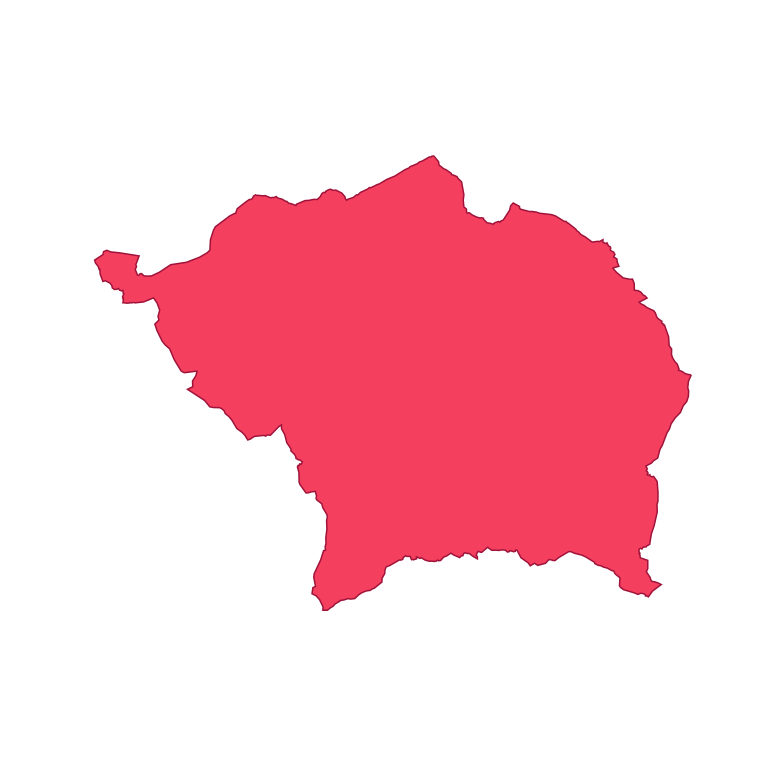 Aurskog-Høland nor, Akershus, Norway (Albers equal-area conic projection), rotated 99°
{"feature_id": "86288312B17302655292255", "entity_name": "Aurskog-Høland nor", "entity_type": "district", "adm_level": 2, "iso_a3": "NOR", "parent_name": "Norway", "parent_adm1": "Akershus", "projection": "albers", "projection_center": [11.533, 59.809], "detail": "fine", "context": "isolated", "style": "filled", "palette": "rose", "viewbox_px": 768, "rotation_deg": 99, "n_neighbors": 0, "source": "geoboundaries", "source_scale": "gbopen_adm2", "svg_char_len": 6124}
<svg xmlns="http://www.w3.org/2000/svg" viewBox="0 0 768 768"><g transform="rotate(99 384 384)"><path d="M617.0,409.0L616.3,404.5L612.9,401.4L611.7,399.7L608.9,397.9L605.2,393.5L604.7,393.5L603.6,389.9L601.7,386.1L601.6,383.1L600.5,379.3L596.4,376.2L593.7,373.4L591.2,369.2L590.0,365.4L587.9,363.1L587.4,361.8L580.0,355.1L576.2,355.5L571.0,353.6L567.9,354.0L564.4,353.3L562.3,349.8L555.5,341.4L555.2,339.5L554.3,338.1L552.4,337.8L550.2,335.8L550.7,334.6L550.2,331.2L553.2,329.4L552.8,328.5L553.1,327.5L551.6,324.5L549.7,324.9L550.6,321.1L549.8,320.0L551.5,315.8L552.0,311.2L551.5,309.5L551.4,306.3L550.6,304.4L549.5,303.6L550.1,302.5L549.4,300.4L545.6,298.0L544.1,295.3L540.6,291.5L541.9,288.7L543.6,282.1L541.8,280.9L541.2,279.2L539.1,278.8L537.9,277.6L538.4,275.9L538.1,273.1L540.3,269.2L542.1,264.4L539.8,264.8L538.4,266.3L534.6,264.9L535.1,261.7L534.8,261.0L529.1,256.2L531.4,251.5L530.6,247.4L530.4,244.3L529.4,241.8L529.2,239.8L529.2,238.1L530.7,235.7L529.8,233.9L528.8,233.6L529.4,229.8L528.8,228.2L527.4,228.1L527.4,226.6L534.2,221.5L538.2,213.4L540.7,211.2L537.5,207.2L539.1,203.8L535.9,196.5L531.6,193.6L531.6,190.2L531.9,189.5L531.6,187.4L528.3,184.5L520.7,175.4L520.4,173.0L521.4,169.3L522.1,161.7L523.4,157.3L527.2,148.1L528.4,147.7L529.6,144.1L529.6,141.1L530.4,139.2L531.0,134.3L532.7,129.7L532.8,127.8L535.3,126.1L538.6,120.6L546.4,119.9L548.0,118.5L549.7,115.1L551.1,104.4L552.1,100.2L550.6,97.9L550.4,95.1L551.4,92.6L552.4,92.6L552.3,91.1L552.9,89.6L546.4,86.3L538.7,78.8L537.6,82.3L537.0,85.8L537.1,87.6L536.6,89.3L533.3,91.0L528.4,95.5L525.1,94.6L516.9,95.9L515.6,103.7L512.7,104.5L511.6,105.5L511.1,104.8L509.1,106.2L506.8,105.9L506.2,105.0L506.6,103.4L505.0,102.8L504.0,100.8L504.0,99.8L503.0,99.3L500.8,96.5L490.4,96.5L481.5,95.0L467.5,94.1L460.3,95.5L457.0,95.1L448.3,96.4L437.5,99.0L433.1,103.2L433.8,105.4L432.6,107.5L432.2,107.4L432.7,108.4L432.5,109.9L430.7,109.2L429.4,110.2L428.9,111.3L426.5,110.7L424.1,112.5L420.3,107.5L417.7,105.8L414.3,102.1L405.3,101.2L401.2,99.6L387.9,96.8L383.7,95.0L378.4,94.2L371.7,91.0L365.8,86.8L358.5,85.0L354.1,82.3L348.6,81.4L343.2,82.0L340.1,83.4L333.7,83.7L327.5,82.1L326.9,83.2L327.0,85.5L326.5,88.4L325.0,91.5L324.2,95.4L322.9,95.0L318.5,97.5L316.3,100.3L313.1,103.0L310.1,104.6L304.4,105.4L301.6,108.3L292.8,110.3L281.9,116.2L282.0,117.1L281.2,117.3L280.2,119.5L278.6,119.3L276.8,123.1L275.4,124.9L271.2,127.2L269.4,129.1L267.4,136.2L265.7,139.2L264.5,143.0L263.2,144.8L258.0,137.6L255.9,140.3L255.8,141.6L253.0,144.8L252.1,147.6L252.2,151.4L245.5,152.6L241.5,155.0L242.1,157.5L241.8,164.3L237.4,171.8L234.4,175.4L233.8,176.0L233.0,174.8L231.0,170.4L226.9,172.8L224.1,173.5L222.5,177.1L219.9,176.2L217.7,177.9L216.9,180.7L216.1,181.5L214.3,181.3L213.1,182.0L212.4,184.0L209.7,185.8L210.6,187.1L209.6,190.0L207.2,190.3L209.7,193.7L209.6,195.1L211.1,199.9L211.1,201.0L207.3,208.1L205.5,213.0L203.5,215.4L202.2,217.9L201.1,218.7L196.3,227.2L196.5,227.6L194.9,229.7L195.2,230.9L194.7,232.5L191.2,240.9L190.5,244.9L191.0,257.3L190.4,260.2L190.4,264.4L190.9,267.4L190.0,276.4L189.2,277.5L187.4,278.0L185.0,284.7L188.2,286.8L192.6,287.1L203.3,291.8L204.9,294.2L206.1,294.9L205.5,296.1L206.9,299.0L208.2,300.7L209.2,301.1L208.6,304.2L208.7,307.3L205.9,311.3L204.7,311.7L204.6,313.6L205.0,315.7L204.7,318.2L203.5,322.6L201.5,326.8L202.1,328.6L201.8,329.2L198.3,330.0L196.6,332.8L190.0,334.5L184.6,334.7L172.2,339.0L169.5,342.9L167.8,344.3L166.9,347.4L166.7,349.8L165.4,350.6L162.6,356.3L162.0,358.8L159.1,363.9L155.9,364.9L151.0,370.5L151.5,372.4L152.4,373.0L152.7,374.8L157.9,381.3L159.2,383.8L161.2,385.5L165.3,392.3L166.7,393.2L169.1,396.9L176.9,405.8L181.6,413.4L187.4,420.3L187.8,421.5L192.2,427.7L192.2,429.1L194.1,430.8L198.4,437.2L201.2,439.3L201.5,440.8L204.6,443.6L207.4,449.0L208.4,449.5L206.9,451.3L205.2,451.8L202.0,455.6L200.0,461.9L200.7,464.5L200.0,467.2L200.8,469.2L202.8,471.7L204.1,472.1L204.2,473.6L205.5,475.1L208.8,476.2L212.2,478.8L212.6,482.2L214.3,486.7L215.2,490.7L220.1,498.6L221.4,498.8L220.3,504.8L220.4,506.4L218.8,508.6L218.9,509.9L217.5,513.2L216.9,518.1L215.7,519.8L217.0,521.7L217.3,523.9L217.9,524.8L216.5,530.8L217.1,533.3L217.4,538.4L217.7,539.0L217.3,540.5L218.9,542.3L221.6,543.1L222.8,544.9L222.7,545.7L225.4,548.6L233.8,556.4L238.8,557.3L239.0,558.4L242.1,562.6L255.1,575.2L258.9,576.5L268.7,578.0L279.0,576.9L282.0,579.1L287.7,586.1L294.7,598.2L299.5,613.3L308.8,623.4L313.6,630.6L314.5,634.7L314.7,638.1L312.9,640.7L313.2,642.2L314.6,642.8L315.1,644.4L309.8,647.6L306.6,646.8L305.0,647.8L295.8,645.9L295.8,666.0L296.3,674.6L295.3,678.7L297.1,681.7L300.1,681.8L306.9,689.2L309.6,687.9L312.6,684.7L315.4,683.2L315.0,682.8L315.4,682.5L319.7,681.6L326.7,677.7L325.6,675.4L327.2,670.5L329.2,668.3L331.7,667.3L332.8,665.0L332.2,662.6L331.2,661.2L332.7,659.8L333.1,657.6L332.4,656.5L335.3,655.7L335.2,655.3L335.6,655.1L338.9,655.9L339.6,655.0L340.7,655.3L341.0,654.6L344.6,654.6L344.3,650.1L343.8,648.1L343.2,647.6L343.5,646.4L342.6,644.0L342.8,642.6L340.6,634.4L335.0,625.1L339.5,620.8L346.1,617.1L352.6,617.8L356.0,616.3L360.7,619.7L366.7,616.6L376.4,609.8L379.8,606.0L382.8,601.2L392.9,594.9L402.8,586.5L403.9,583.9L404.0,582.6L400.9,572.1L400.8,570.6L405.6,571.2L411.0,573.6L416.6,572.5L420.0,577.3L428.4,558.5L433.8,552.5L433.9,548.5L433.1,542.7L433.8,540.4L435.4,537.8L438.2,536.0L440.3,532.2L443.5,528.6L451.0,522.4L454.0,516.5L456.4,513.4L460.6,509.8L459.4,507.5L456.0,503.8L453.6,494.7L454.0,492.6L452.9,491.8L452.5,490.7L452.4,488.2L442.5,481.2L440.5,478.9L444.3,478.2L449.4,474.2L457.2,470.8L462.7,465.7L464.6,465.5L467.7,461.2L469.9,459.6L471.3,459.3L472.3,456.6L472.3,455.1L473.7,452.5L476.2,453.2L476.5,453.6L476.0,454.4L476.1,454.8L477.5,455.0L478.0,456.3L479.4,456.0L479.6,456.5L484.6,454.2L494.2,452.5L496.4,451.3L503.8,444.0L503.5,442.2L502.0,439.0L500.8,435.1L505.1,433.1L507.6,433.2L508.9,432.4L512.0,426.8L516.0,424.9L521.7,420.1L523.9,419.2L528.2,419.3L536.2,417.7L545.0,417.4L550.8,416.3L553.8,416.7L557.5,415.8L558.0,417.6L567.5,419.0L582.4,423.3L586.0,423.1L594.6,420.0L596.3,422.4L602.4,422.3L603.8,417.9L607.1,413.9L613.7,409.3L617.0,409.0Z" fill="#f43f5e" stroke="#9f1239" stroke-width="1.5"/></g></svg>